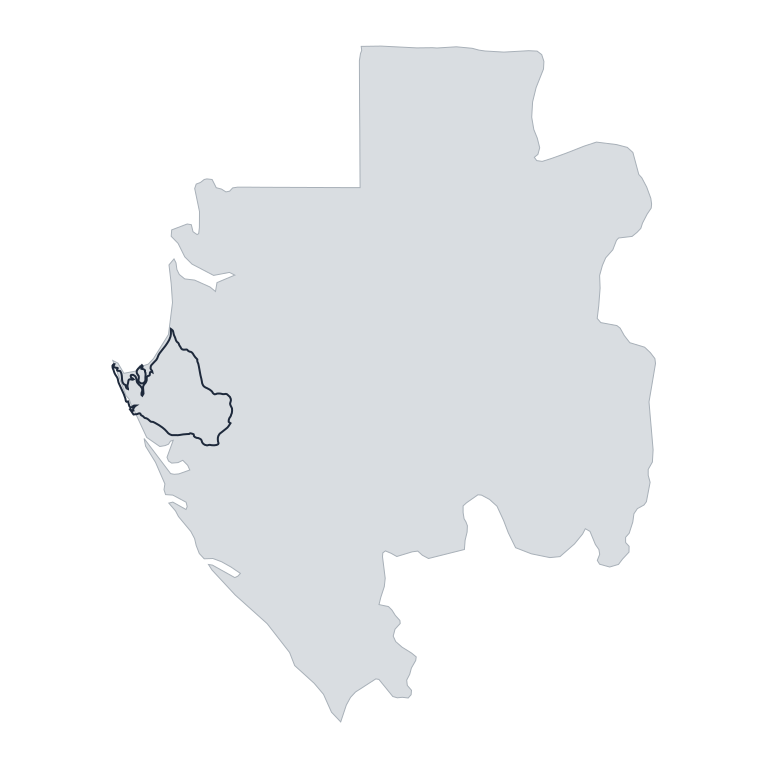 location of Bendjè, Ogooué-Maritime, Gabon
{"feature_id": "22940354B80874584292882", "entity_name": "Bendjè", "entity_type": "district", "adm_level": 2, "iso_a3": "GAB", "parent_name": "Gabon", "parent_adm1": "Ogooué-Maritime", "projection": "natural_earth1", "projection_center": [9.224, -0.836], "detail": "fine", "context": "in_parent", "style": "outline", "palette": "slate", "viewbox_px": 768, "rotation_deg": 0, "n_neighbors": 0, "source": "geoboundaries", "source_scale": "gbopen_adm2", "svg_char_len": 7909}
<svg xmlns="http://www.w3.org/2000/svg" viewBox="0 0 768 768"><path d="M543.9,61.4L543.5,69.0L536.1,87.6L532.6,101.9L531.7,117.2L533.8,129.5L537.3,138.2L539.7,147.8L537.9,154.4L534.3,157.3L536.7,160.6L542.2,161.4L551.4,158.5L565.6,153.4L584.2,146.1L596.4,142.1L616.6,144.6L627.3,147.4L632.9,152.5L638.8,174.5L641.8,177.8L646.7,187.1L650.8,198.3L651.6,204.0L651.2,208.1L647.1,214.2L642.5,223.1L640.8,228.4L637.0,232.4L632.1,236.4L618.6,238.0L616.5,240.3L612.8,249.8L605.7,257.8L602.4,265.4L599.6,275.5L600.1,288.1L598.7,306.2L597.2,318.4L600.8,322.6L616.9,325.6L620.1,328.1L624.3,335.6L629.8,342.7L644.6,347.2L650.3,352.6L654.9,358.6L655.5,363.5L652.2,383.1L649.0,401.9L650.2,416.2L651.4,429.9L653.1,449.9L652.4,462.0L648.2,469.4L648.2,475.3L650.1,482.3L646.4,501.7L644.0,505.0L637.4,508.6L633.9,513.8L632.8,522.0L629.2,533.2L625.6,537.3L625.6,542.5L629.1,546.3L629.0,552.1L622.5,559.1L618.5,564.4L609.7,567.0L599.6,564.2L597.3,560.4L599.7,554.3L598.9,549.5L595.4,544.5L590.0,531.4L585.3,528.7L582.6,534.0L574.5,543.9L560.0,556.6L549.9,557.6L531.3,553.8L515.6,547.7L508.3,532.8L503.6,520.5L497.0,506.2L489.5,499.4L481.5,495.1L477.9,494.8L466.5,502.8L463.1,505.9L463.1,512.6L464.1,518.8L465.9,521.8L467.4,525.8L467.1,532.0L465.1,540.3L464.4,549.5L428.5,558.5L422.3,555.2L417.8,551.1L412.3,551.8L396.8,556.5L391.1,553.3L385.4,550.9L382.8,552.9L382.5,556.8L385.2,578.3L384.3,586.6L380.8,597.3L379.0,604.6L388.5,606.6L391.9,610.0L395.3,615.4L399.9,620.5L400.2,623.5L395.0,629.2L393.2,636.1L395.7,641.6L402.1,647.2L411.6,653.1L416.2,656.9L415.7,660.5L411.4,668.0L409.7,674.3L406.7,680.1L407.3,685.4L411.5,690.3L411.1,694.7L408.2,698.0L402.3,697.3L397.3,697.8L392.8,696.5L378.9,679.4L375.8,678.9L355.5,692.0L350.5,697.4L346.3,705.1L340.7,721.9L331.5,712.2L323.5,694.3L314.2,683.3L294.7,665.6L289.6,652.5L267.2,623.7L235.2,595.0L212.0,570.0L208.5,564.5L212.4,565.1L234.8,577.6L237.8,576.2L240.4,573.4L230.8,566.9L221.5,561.7L212.9,558.5L204.2,558.8L199.3,553.5L196.2,545.5L194.6,538.6L190.8,531.4L178.5,516.6L175.5,510.9L168.8,503.1L172.8,502.1L186.0,509.5L187.2,506.6L186.1,502.2L172.8,495.1L165.6,494.6L164.0,489.7L164.9,483.9L155.5,462.3L145.6,446.2L144.1,438.5L170.6,473.6L174.2,474.3L178.8,473.9L189.8,470.0L187.7,465.3L182.8,460.3L178.0,462.6L171.7,463.1L168.5,461.0L167.0,457.3L173.2,440.3L170.5,441.1L168.5,444.2L165.1,445.6L159.8,446.5L146.7,437.4L135.2,412.7L132.2,407.7L129.1,399.1L126.0,395.6L112.8,360.5L117.9,363.1L123.9,373.3L135.6,371.1L140.2,365.3L144.2,365.5L148.3,364.1L153.5,358.6L168.5,334.5L172.5,302.6L171.2,283.7L169.0,264.9L174.0,258.9L176.0,262.9L176.9,269.6L179.3,274.5L184.7,278.9L194.6,280.1L210.0,287.0L215.5,291.5L217.0,282.6L234.8,275.1L229.4,272.4L213.6,275.4L192.0,264.1L184.8,256.9L178.1,243.4L171.2,236.3L171.7,229.9L187.2,224.0L191.3,224.7L193.0,231.7L197.1,234.6L198.7,233.6L199.4,227.6L199.5,211.6L194.7,188.5L196.2,184.1L200.4,182.5L204.2,179.5L206.9,178.9L212.1,179.5L214.8,184.8L216.2,187.7L221.5,189.1L225.9,191.9L229.6,191.2L232.7,187.9L237.3,187.2L251.4,187.2L264.2,187.3L289.8,187.4L315.3,187.5L340.8,187.6L360.1,187.6L360.0,174.5L359.9,154.2L359.8,130.2L359.6,107.2L359.5,85.9L359.4,60.7L360.5,53.5L361.7,50.5L361.2,46.4L381.0,46.1L416.8,47.9L432.4,47.7L436.9,48.0L456.4,46.8L472.2,48.3L478.9,50.1L485.0,51.0L503.9,52.1L528.7,50.7L537.1,51.1L541.7,54.6L543.9,61.4Z" fill="#d9dde1" stroke="#a8b0b8" stroke-width="1"/><path d="M197.3,359.4L196.3,358.3L195.4,357.4L194.5,356.2L193.7,355.0L193.0,353.8L192.2,352.8L191.5,352.2L190.7,351.8L189.8,351.7L188.7,351.2L187.9,350.6L187.3,349.8L186.5,349.5L185.3,349.6L183.7,349.7L182.3,349.4L181.4,348.7L180.8,347.7L180.3,346.7L179.5,345.6L179.1,344.7L178.8,343.8L178.2,342.8L177.3,342.2L176.5,341.3L175.8,339.9L175.4,338.4L174.8,336.9L174.0,335.2L173.6,333.7L173.2,331.8L172.8,330.6L171.5,329.4L170.9,329.0L170.9,334.0L170.5,336.6L169.8,338.3L169.3,339.7L168.2,341.6L167.1,343.4L165.3,346.0L162.6,349.4L159.5,353.4L158.5,355.1L157.2,358.4L156.3,359.9L153.8,362.5L151.3,365.2L150.8,366.2L150.6,367.7L150.6,368.6L151.0,369.4L151.7,370.4L152.1,370.9L152.4,372.3L151.7,371.9L151.0,371.8L150.2,372.2L149.9,373.0L149.8,374.5L149.6,375.3L148.9,375.7L147.9,376.0L147.1,376.7L146.7,377.3L146.7,378.7L146.7,380.1L146.3,381.4L145.7,382.6L145.1,383.4L144.2,384.3L143.6,385.4L143.1,386.7L143.1,388.3L143.3,390.7L143.5,393.7L142.6,395.2L142.3,395.7L141.5,394.9L141.5,393.3L141.7,392.2L142.2,391.3L142.2,388.8L141.7,387.8L141.0,386.8L140.2,385.7L139.1,384.8L138.0,383.5L137.2,382.5L136.8,381.4L136.6,380.3L136.4,378.8L135.9,377.6L135.5,376.5L134.2,375.5L133.1,374.9L131.7,374.9L131.0,375.1L130.7,375.8L130.9,376.9L131.1,377.4L131.8,378.0L133.0,378.7L133.6,379.3L132.7,379.7L131.9,379.6L130.5,379.3L129.7,379.3L128.9,379.7L128.5,380.3L128.3,381.5L128.0,383.2L127.8,384.0L127.5,385.1L127.5,386.5L127.6,387.4L128.0,388.5L128.0,389.0L126.7,388.4L126.2,387.6L125.7,386.2L125.5,385.0L124.6,384.6L124.0,384.3L123.3,383.4L122.8,382.7L122.4,381.7L122.1,380.1L122.0,378.7L121.9,377.1L121.8,375.8L121.4,373.6L120.9,372.4L120.2,371.1L119.2,370.9L117.7,370.8L117.0,370.0L117.2,369.3L117.7,368.2L117.1,367.8L116.1,367.8L114.6,367.5L113.9,367.0L113.6,365.8L113.9,365.3L114.4,364.2L113.9,364.1L113.1,364.8L112.5,365.6L112.5,367.0L112.9,368.7L113.4,369.6L113.7,370.6L114.3,372.4L114.7,373.4L115.4,374.7L116.3,376.1L117.2,377.5L117.7,378.7L118.1,380.6L118.6,382.7L121.1,388.2L123.8,394.1L125.4,398.6L125.7,400.3L126.0,401.3L126.6,401.8L127.2,401.7L128.0,401.4L128.3,402.1L128.6,403.6L128.9,404.5L129.3,406.0L130.0,407.0L130.9,407.5L131.7,407.3L132.9,406.3L133.4,405.8L134.6,405.5L136.1,405.5L135.3,406.0L134.7,406.6L134.1,407.6L133.5,408.2L133.2,408.9L133.1,409.4L133.3,409.9L133.4,410.5L133.0,410.8L132.3,410.7L131.7,410.4L130.7,409.7L129.4,408.5L131.1,410.9L133.1,413.9L133.6,414.5L135.0,414.3L136.5,414.2L137.7,413.9L138.2,413.6L139.3,413.3L140.3,413.6L140.8,414.8L141.3,415.3L142.0,415.7L143.2,416.4L144.0,417.3L144.7,417.9L145.4,418.1L146.4,418.3L147.0,418.6L148.1,419.3L149.0,420.1L150.0,421.0L150.7,421.6L151.6,421.8L153.0,421.9L154.7,422.7L158.9,425.1L162.4,427.5L164.8,429.5L166.8,431.6L168.1,433.1L169.0,433.8L170.0,434.4L170.7,434.7L171.8,435.1L176.1,435.1L177.8,435.2L180.1,434.9L183.2,434.4L186.8,434.1L189.1,434.0L189.7,433.5L190.4,433.3L191.4,433.5L192.0,433.7L192.5,433.8L193.6,434.3L193.9,435.2L193.9,436.0L194.7,436.9L195.8,437.5L196.8,437.9L198.1,438.0L200.0,438.8L201.0,439.5L201.5,440.3L201.8,441.2L202.1,442.2L202.6,443.0L203.4,443.9L204.0,444.3L205.0,444.9L205.7,445.0L206.6,445.3L207.6,445.3L208.2,445.1L209.2,444.9L210.1,444.9L211.7,445.2L214.2,445.3L216.3,445.0L217.2,444.7L218.1,444.2L218.5,443.5L218.3,442.3L218.0,441.5L217.8,439.2L217.9,437.6L218.4,435.8L219.7,433.7L222.3,431.7L225.7,429.0L227.4,427.6L228.6,426.1L230.5,423.2L230.2,423.0L229.4,422.5L228.7,421.8L228.7,420.5L228.9,419.4L229.5,417.9L230.3,416.8L230.9,415.7L231.1,414.8L231.8,413.1L232.1,410.8L232.0,408.4L231.2,406.7L230.5,405.3L230.1,403.9L230.2,403.0L230.5,402.0L230.9,400.5L230.8,399.0L229.9,396.9L228.9,396.0L227.1,394.3L225.9,393.9L224.2,394.1L222.7,394.1L220.5,393.6L218.7,393.5L217.0,393.6L215.9,394.1L214.7,394.3L213.7,393.8L212.7,392.8L212.1,391.6L211.1,390.7L209.7,389.6L208.2,388.8L206.7,388.0L205.5,387.5L203.8,386.3L203.0,385.2L202.2,383.4L201.8,381.1L201.3,378.6L200.5,375.4L199.8,371.6L199.3,368.8L198.9,366.6L198.3,363.8L197.4,361.6L197.2,359.9L197.3,359.4ZM142.5,383.4L143.6,382.9L144.4,382.2L145.0,381.4L145.4,380.1L145.4,377.4L145.6,374.6L145.4,372.6L145.0,371.8L145.0,370.3L143.9,369.4L142.9,369.0L142.1,369.0L141.3,368.7L141.4,368.2L141.8,367.8L142.4,367.3L142.6,366.4L142.4,365.8L141.9,365.2L141.4,365.8L140.6,366.5L139.8,367.1L139.2,367.8L138.5,368.4L137.8,369.2L137.2,370.1L136.9,370.8L136.7,371.4L136.7,372.2L136.9,373.3L137.2,373.8L137.7,374.6L138.1,375.2L138.6,375.9L138.8,376.8L138.8,377.8L138.7,379.0L138.4,380.0L138.6,380.9L139.1,382.1L139.8,382.5L141.0,383.3L141.8,383.4L142.5,383.4Z" fill="none" stroke="#1e293b" stroke-width="2"/></svg>